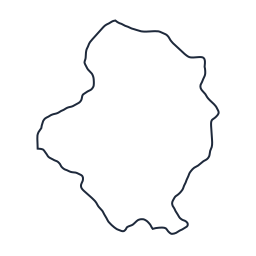 Piedra Blanca, Monseñor Nouel, Dominican Republic, rotated 177°
{"feature_id": "3306468B87386677214515", "entity_name": "Piedra Blanca", "entity_type": "district", "adm_level": 2, "iso_a3": "DOM", "parent_name": "Dominican Republic", "parent_adm1": "Monseñor Nouel", "projection": "orthographic", "projection_center": [-70.332, 18.811], "detail": "fine", "context": "isolated", "style": "outline", "palette": "slate", "viewbox_px": 256, "rotation_deg": 177, "n_neighbors": 0, "source": "geoboundaries", "source_scale": "gbopen_adm2", "svg_char_len": 3620}
<svg xmlns="http://www.w3.org/2000/svg" viewBox="0 0 256 256"><g transform="rotate(177 128 128)"><path d="M48.3,185.1L47.8,188.6L47.7,190.8L47.9,192.1L48.1,192.8L48.4,193.4L48.8,193.9L49.4,194.4L50.0,194.7L51.4,195.0L53.6,195.1L59.2,195.0L61.6,195.2L63.1,195.6L64.5,196.4L65.8,197.4L67.6,199.0L78.6,210.3L80.1,212.2L81.0,213.5L82.3,216.0L83.0,217.2L84.4,218.8L85.5,219.6L91.0,222.4L92.4,222.9L93.2,223.0L96.3,223.3L104.4,223.3L107.6,223.5L109.9,223.9L114.5,225.5L115.8,226.0L119.2,227.2L122.8,229.1L125.5,230.2L129.0,232.3L131.0,233.1L132.2,233.8L133.4,234.6L135.0,236.0L136.8,235.7L137.9,235.4L139.1,234.8L141.5,233.5L144.1,232.4L145.9,231.3L147.5,229.9L158.9,218.5L161.4,215.8L162.5,214.1L163.7,211.5L165.0,209.1L165.5,207.9L166.0,205.7L166.6,200.5L166.9,199.1L167.6,197.4L167.9,196.3L168.0,195.7L167.9,195.1L167.5,193.9L165.6,189.7L164.9,188.5L162.1,185.2L161.2,184.1L160.6,182.8L160.1,181.3L159.8,179.7L159.7,178.1L159.7,175.7L159.8,174.0L160.0,172.5L160.2,171.7L160.5,171.0L161.3,169.8L162.2,168.8L163.3,168.0L166.5,166.6L170.9,164.0L171.4,163.5L172.0,162.4L172.8,159.3L173.4,158.0L173.8,157.5L174.7,156.5L175.8,155.7L182.0,152.7L183.4,152.3L186.2,151.8L187.6,151.4L188.9,150.8L191.3,149.5L193.9,148.5L196.3,147.2L197.6,146.6L199.0,146.2L201.8,145.7L203.2,145.3L204.5,144.8L206.9,143.5L208.8,142.7L210.0,142.0L210.6,141.6L211.5,140.6L212.3,139.5L212.6,138.8L214.0,135.0L214.6,132.4L216.1,130.5L217.6,128.5L218.3,127.0L218.8,125.4L219.1,122.0L219.2,115.8L219.3,112.1L216.8,111.8L215.5,111.5L214.3,111.1L213.7,110.7L212.9,109.7L210.5,105.9L209.6,104.2L208.8,103.2L207.8,102.4L204.4,100.4L203.3,99.7L200.7,98.5L199.6,97.7L198.7,96.7L197.9,95.7L196.7,93.2L196.3,92.6L195.4,91.6L194.4,90.7L193.2,89.9L191.3,89.1L188.9,87.8L187.6,87.2L186.2,86.8L182.6,86.2L181.3,85.7L177.3,83.5L176.8,83.1L176.3,82.6L176.0,82.1L175.6,80.8L175.6,80.1L175.7,78.7L176.1,77.4L177.3,75.1L177.8,73.9L178.0,72.6L177.8,71.1L177.2,69.8L176.3,68.6L175.3,67.5L168.0,60.3L166.4,58.6L164.8,56.8L163.6,55.0L162.0,51.8L161.2,50.6L158.5,47.3L157.7,46.2L157.1,44.9L156.2,42.9L154.3,39.3L153.1,36.7L152.4,35.4L150.9,33.6L149.4,31.9L147.1,29.7L145.4,28.3L144.1,27.4L139.9,25.5L138.8,25.2L138.2,25.2L137.6,25.3L137.1,25.5L136.1,26.3L135.4,27.1L134.5,28.6L134.1,29.0L133.6,29.3L132.4,29.8L129.8,30.6L128.5,31.1L126.9,32.3L124.2,34.6L123.0,35.4L122.4,35.7L120.9,36.1L120.2,36.2L118.7,36.2L117.2,36.0L115.9,35.4L114.7,34.6L113.6,33.7L112.2,32.1L110.9,30.4L109.4,27.3L108.6,26.0L105.4,26.6L102.3,26.8L99.3,26.8L97.2,26.5L95.9,26.0L95.4,25.7L94.6,24.7L93.3,22.7L92.0,21.3L91.0,20.5L90.4,20.2L89.8,20.0L89.2,20.0L87.4,20.2L85.4,20.8L81.8,22.8L79.1,23.9L74.7,26.3L74.2,26.7L73.8,27.2L73.5,27.8L73.4,28.4L73.4,29.1L73.5,29.7L73.8,30.3L74.6,31.3L75.1,31.7L76.1,32.4L78.0,33.2L79.2,33.9L80.7,35.2L81.5,36.3L83.1,39.4L84.8,42.4L85.9,45.1L87.5,48.0L87.8,49.4L87.9,50.1L87.7,51.5L87.5,52.1L86.9,53.3L85.2,56.0L84.4,57.0L83.9,57.4L81.7,58.8L79.9,60.2L78.3,61.8L76.8,63.6L76.1,64.9L75.0,67.5L73.3,70.5L72.2,73.1L70.3,76.7L69.1,79.4L68.3,80.6L67.3,81.8L65.7,83.5L63.9,84.9L60.0,86.8L54.4,90.9L51.9,92.1L50.7,92.8L49.7,93.7L48.9,94.8L48.5,95.4L48.0,96.8L47.4,99.6L47.1,100.9L45.4,104.6L44.9,106.9L44.7,109.4L44.7,111.8L44.9,125.9L44.8,128.2L44.6,129.7L44.1,131.0L43.7,131.6L43.3,132.0L41.1,133.4L40.0,134.2L38.9,135.2L37.9,136.2L37.1,137.4L36.8,138.0L36.7,138.7L36.7,139.3L37.0,140.5L38.6,144.1L39.4,145.4L40.9,147.3L44.8,151.4L46.4,153.3L47.3,154.6L49.0,157.8L52.3,161.9L53.0,163.2L53.3,163.9L53.5,165.3L53.5,166.0L53.2,167.4L51.6,170.2L50.4,172.8L48.8,175.8L48.3,177.1L48.0,178.6L47.9,180.9L48.0,183.2L48.3,185.1Z" fill="none" stroke="#1e293b" stroke-width="2"/></g></svg>